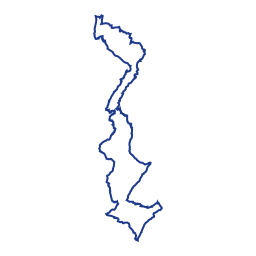 the district of Vélez, Santander, Colombia
{"feature_id": "7082276B66951297608622", "entity_name": "Vélez", "entity_type": "district", "adm_level": 2, "iso_a3": "COL", "parent_name": "Colombia", "parent_adm1": "Santander", "projection": "albers", "projection_center": [-73.706, 6.241], "detail": "fine", "context": "isolated", "style": "outline", "palette": "blue", "viewbox_px": 256, "rotation_deg": 0, "n_neighbors": 0, "source": "geoboundaries", "source_scale": "gbopen_adm2", "svg_char_len": 5935}
<svg xmlns="http://www.w3.org/2000/svg" viewBox="0 0 256 256"><path d="M152.0,217.7L153.9,216.9L154.2,216.1L153.4,214.4L154.1,212.9L155.5,212.7L159.0,210.1L160.4,210.0L161.8,208.2L161.7,207.6L160.3,206.0L158.4,202.7L157.7,202.9L157.5,202.4L157.3,203.2L157.0,203.0L155.8,203.6L153.4,205.5L151.2,206.5L151.5,206.9L150.0,207.1L148.1,207.9L147.9,207.6L147.3,207.6L147.4,208.3L146.5,207.1L146.7,206.8L145.4,207.0L144.1,206.7L143.7,206.3L142.6,206.5L140.8,206.2L141.5,205.3L140.0,204.5L139.9,203.9L138.4,204.0L137.8,203.6L137.3,204.1L136.5,204.2L136.5,203.8L135.3,204.3L134.8,203.0L134.2,203.1L133.1,202.8L133.0,201.8L129.3,201.7L126.7,200.1L127.9,198.1L128.2,195.5L130.0,192.9L130.3,191.6L131.0,191.0L132.1,188.5L134.0,186.0L134.7,185.7L138.0,182.0L138.8,181.6L139.7,180.5L140.2,178.6L141.8,176.1L142.3,174.3L143.6,174.0L144.0,173.0L145.5,172.0L146.5,170.5L147.4,167.4L148.2,166.2L150.2,164.1L150.6,162.9L150.3,162.6L149.5,162.7L147.3,163.9L145.0,164.5L142.6,162.8L140.2,162.5L137.1,160.2L136.2,158.9L135.0,158.3L132.6,155.2L132.0,155.0L129.9,152.9L129.8,151.7L129.4,151.3L129.3,150.6L129.9,149.6L129.6,148.2L129.9,147.5L129.4,144.4L129.6,142.4L129.9,142.1L130.4,139.5L131.3,138.8L132.1,136.0L132.0,134.2L131.4,133.4L131.9,132.4L132.1,129.2L131.7,128.7L132.0,127.7L131.2,127.3L131.3,126.4L130.9,126.1L131.1,125.5L130.4,125.1L130.4,124.7L131.1,124.5L131.2,124.0L130.8,123.6L129.2,123.6L128.2,123.0L128.1,122.2L127.5,121.8L127.1,119.6L127.2,117.0L126.5,116.1L126.9,115.5L125.4,115.1L124.9,115.8L124.5,115.3L123.8,115.0L123.6,114.0L122.6,114.0L122.1,113.1L120.9,113.1L121.1,112.0L120.7,111.5L120.9,111.1L120.4,110.8L119.9,108.3L118.9,109.6L118.3,109.4L118.2,108.6L117.9,108.5L117.5,108.5L117.1,109.4L116.5,108.7L117.0,108.4L117.6,107.1L119.1,105.5L119.1,104.0L118.2,102.9L119.7,101.3L119.1,100.5L120.1,99.8L120.0,98.5L121.2,97.7L123.0,94.0L122.3,93.4L123.2,93.1L123.3,91.5L124.8,90.4L125.8,89.1L125.7,88.2L126.2,86.9L128.0,86.0L128.7,83.6L130.9,82.8L133.5,79.4L134.5,78.7L134.6,77.7L135.3,78.1L135.7,77.8L135.9,76.7L134.7,75.8L134.5,75.2L135.1,74.4L135.8,74.1L137.4,74.1L137.5,72.8L136.7,71.5L137.3,70.5L138.2,69.8L138.1,69.2L137.7,69.2L136.9,67.2L136.9,65.2L137.4,63.0L139.1,60.9L140.6,61.0L140.2,59.6L142.2,58.7L144.0,54.9L144.9,54.2L144.6,52.6L143.6,51.3L143.7,50.8L144.8,50.8L145.0,50.3L144.6,49.7L143.1,49.4L142.2,48.6L141.8,46.4L139.6,43.1L138.2,43.0L137.4,43.3L133.4,42.5L132.9,41.8L130.5,43.3L131.6,38.5L131.1,37.8L129.8,37.9L129.4,37.1L130.5,34.0L129.3,34.1L128.4,33.1L126.5,33.6L125.8,32.5L123.6,32.2L123.6,31.6L122.7,31.4L121.5,30.5L120.3,31.5L119.9,31.4L119.7,30.6L120.3,29.4L119.4,28.0L119.3,26.9L119.1,26.8L118.2,27.4L115.8,27.4L112.0,28.1L111.6,27.6L111.6,25.3L110.0,25.5L108.8,23.8L105.7,23.2L101.2,24.0L102.0,22.2L101.8,20.4L102.7,16.0L101.5,15.4L99.8,17.8L99.3,17.0L98.1,16.7L97.2,16.8L95.7,16.2L96.3,19.0L96.2,21.5L94.6,29.0L95.0,31.8L94.2,33.6L94.7,34.8L94.5,36.1L95.6,38.8L95.9,39.0L98.2,38.6L97.8,38.0L98.7,37.5L99.2,37.7L100.0,36.6L102.6,36.1L102.6,36.5L102.2,36.8L102.1,38.3L102.4,38.5L102.7,38.3L103.1,39.3L102.4,39.2L102.3,39.5L103.1,39.8L103.1,41.0L103.6,41.5L104.1,41.4L104.3,40.7L105.0,40.6L105.3,42.0L104.9,42.5L105.8,43.5L106.1,44.6L107.2,45.7L107.7,47.4L107.5,48.7L112.8,52.1L113.6,53.8L114.8,55.2L115.7,55.8L117.5,56.2L119.9,57.9L123.6,61.6L125.6,62.7L127.5,63.1L129.7,65.9L130.4,65.9L130.2,66.4L130.6,69.0L130.6,69.7L129.8,70.9L127.8,71.6L127.3,71.4L126.8,71.9L126.7,70.7L126.2,71.2L125.7,72.5L125.7,74.0L124.2,75.9L124.2,77.0L123.4,77.5L123.4,78.4L121.2,79.0L120.5,79.5L120.7,79.8L121.4,79.8L121.5,80.6L121.0,81.5L121.5,81.6L120.2,84.8L118.1,86.3L116.7,89.7L115.7,90.3L115.4,91.0L114.0,91.7L114.1,92.3L111.4,96.6L110.3,99.1L109.1,100.5L109.3,101.0L108.9,101.3L109.2,101.9L108.5,103.1L108.3,104.7L107.5,106.0L107.5,107.3L106.7,107.8L106.0,108.9L106.1,110.0L107.1,109.8L107.6,109.9L107.8,110.3L108.6,110.0L108.4,110.5L108.7,111.2L109.7,111.3L110.0,111.8L109.5,112.2L109.7,112.8L110.6,112.6L110.7,112.2L111.1,112.0L111.1,111.1L112.2,110.7L113.6,111.1L114.6,110.4L114.9,111.6L114.5,112.1L114.7,113.2L113.6,113.2L113.4,114.3L112.8,114.5L112.4,114.2L109.8,116.6L109.8,119.0L109.4,119.3L109.5,120.3L110.2,120.7L110.5,120.4L111.9,120.4L112.0,121.1L112.8,121.4L112.8,122.0L113.3,122.2L113.1,122.9L113.5,123.4L113.4,124.4L112.8,124.7L113.6,125.1L113.3,126.1L114.0,127.4L113.9,128.1L115.3,128.4L115.5,128.7L114.8,130.0L114.9,130.5L114.3,131.0L114.5,131.5L114.2,131.7L114.1,132.4L113.4,132.5L113.1,133.8L112.4,133.7L112.1,134.0L111.9,134.8L111.5,134.9L110.9,135.9L110.0,138.9L108.9,139.7L107.6,139.5L106.1,140.7L105.2,140.8L101.9,142.9L101.4,143.9L100.2,144.5L99.8,145.6L100.1,146.7L99.2,148.6L100.2,150.3L99.9,151.3L100.9,151.6L101.2,152.1L101.9,152.0L102.4,152.7L103.8,153.2L105.0,154.8L106.6,158.8L108.0,158.9L108.3,159.2L108.9,159.3L110.5,158.9L110.8,159.2L111.4,159.1L114.3,162.0L113.7,166.8L112.8,169.1L113.1,169.9L112.3,171.3L110.4,172.5L110.1,173.3L108.8,174.9L107.1,175.8L107.6,178.3L106.6,182.0L107.2,182.6L108.2,182.8L109.1,183.7L108.2,185.0L108.3,185.8L109.0,186.2L109.0,186.7L110.0,187.8L109.8,190.4L110.3,190.8L110.0,192.2L112.1,200.8L112.8,201.4L113.3,201.4L114.1,202.3L115.1,202.3L115.3,201.8L116.3,201.9L117.1,201.4L117.2,202.4L118.2,203.9L117.6,204.7L117.0,205.0L115.5,208.4L114.2,209.8L112.6,209.5L111.7,209.9L110.5,210.9L109.5,212.4L108.4,212.7L108.3,213.0L107.4,213.4L107.4,213.8L106.3,214.0L106.9,215.1L111.3,215.9L113.9,216.9L114.3,217.8L114.7,217.5L114.8,218.0L116.2,218.2L116.6,217.9L118.0,218.5L118.5,219.3L117.9,221.2L120.3,222.2L122.0,221.9L123.0,223.1L123.0,223.9L123.6,222.8L125.2,222.7L127.5,222.6L128.9,223.5L129.5,225.4L129.2,226.2L129.6,227.0L132.9,230.6L133.5,232.7L134.4,232.6L135.0,233.0L135.9,235.1L136.1,236.1L135.3,238.4L135.6,238.6L135.2,238.8L136.0,239.8L137.8,240.6L137.8,238.9L138.5,237.3L139.1,236.7L140.9,232.8L141.6,232.2L141.5,231.5L144.5,224.4L145.7,222.9L147.7,221.4L148.6,220.2L150.1,219.2L151.0,219.0L152.0,217.7Z" fill="none" stroke="#1e3a8a" stroke-width="2"/></svg>